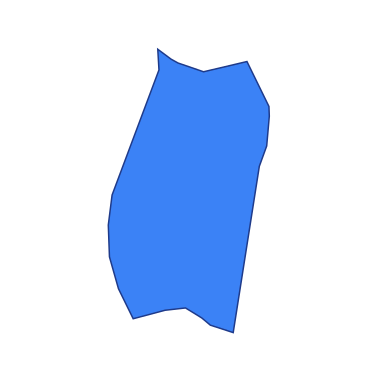 SVG path tracing the border of Jesenice, rotated 253°
{"feature_id": "SVN-258", "entity_name": "Jesenice", "entity_type": "Municipality", "adm_level": 1, "iso_a3": "SVN", "parent_name": "Slovenia", "parent_adm1": "", "projection": "equal_earth", "projection_center": [14.07, 46.444], "detail": "fine", "context": "isolated", "style": "filled", "palette": "blue", "viewbox_px": 384, "rotation_deg": 253, "n_neighbors": 0, "source": "natural_earth", "source_scale": "10m", "svg_char_len": 413}
<svg xmlns="http://www.w3.org/2000/svg" viewBox="0 0 384 384"><g transform="rotate(253 192 192)"><path d="M121.0,93.4L154.1,94.1L184.9,102.3L212.5,114.7L318.4,196.1L338.5,201.0L325.2,210.8L319.4,216.4L303.6,238.2L300.7,282.7L251.3,290.6L241.9,288.1L214.2,276.9L196.9,263.9L45.5,190.3L59.3,170.6L68.7,164.5L83.0,151.9L86.8,131.6L88.0,98.7L121.0,93.4Z" fill="#3b82f6" stroke="#1e3a8a" stroke-width="1.5"/></g></svg>